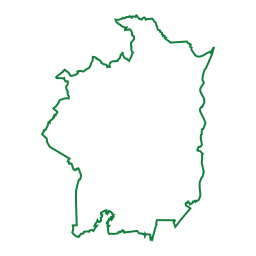 Tlalpujahua, Michoacán, Mexico (Natural Earth projection)
{"feature_id": "50627088B72545798273155", "entity_name": "Tlalpujahua", "entity_type": "district", "adm_level": 2, "iso_a3": "MEX", "parent_name": "Mexico", "parent_adm1": "Michoacán", "projection": "natural_earth1", "projection_center": [-100.216, 19.784], "detail": "fine", "context": "isolated", "style": "outline", "palette": "green", "viewbox_px": 256, "rotation_deg": 0, "n_neighbors": 0, "source": "geoboundaries", "source_scale": "gbopen_adm2", "svg_char_len": 5734}
<svg xmlns="http://www.w3.org/2000/svg" viewBox="0 0 256 256"><path d="M213.8,47.9L213.2,48.0L211.8,50.9L211.4,51.1L211.8,53.0L210.9,53.0L210.0,51.7L206.7,53.3L203.2,55.5L199.9,56.6L197.4,56.5L195.7,55.7L192.3,51.1L191.5,49.7L191.4,48.0L191.6,47.6L190.3,47.0L190.3,45.6L190.0,45.2L190.7,44.7L189.6,43.6L188.1,43.3L186.7,41.5L170.7,42.6L165.2,38.5L164.9,37.7L165.1,37.6L164.6,37.5L164.7,36.2L163.5,35.3L163.0,35.7L162.9,34.9L162.0,34.4L161.8,34.1L162.0,33.1L161.7,32.5L160.0,31.7L160.1,30.7L159.8,30.3L158.3,30.0L157.9,29.6L157.3,28.4L157.3,26.8L156.4,25.7L156.3,24.3L155.6,22.6L154.0,21.2L153.1,19.5L151.9,18.6L150.5,19.0L147.1,19.1L145.7,19.7L145.1,18.0L144.3,17.5L143.0,17.9L141.8,19.5L141.3,19.6L140.6,19.1L139.2,18.9L138.5,17.7L137.5,17.3L136.9,15.6L136.7,15.4L136.1,15.5L135.3,16.8L134.2,16.5L132.1,16.5L131.8,17.7L131.1,17.5L130.4,16.8L129.5,16.2L129.1,16.9L128.5,17.0L127.2,17.1L126.4,16.9L125.9,17.6L124.1,18.4L123.3,17.8L122.8,17.8L121.9,18.8L119.0,19.6L116.4,20.0L115.7,19.7L116.1,21.5L116.5,22.1L118.7,24.0L119.7,24.4L121.2,25.5L121.5,26.1L122.1,26.2L123.1,26.9L123.6,26.9L124.6,27.7L126.6,27.4L125.5,29.1L125.0,29.3L124.8,29.8L125.0,30.1L125.8,29.6L127.6,29.8L128.9,29.2L130.2,29.5L130.5,30.1L131.2,30.7L131.7,32.0L132.1,32.5L132.2,33.2L131.8,34.5L132.4,35.5L133.3,35.7L134.0,36.6L134.1,39.3L132.7,40.7L132.3,41.5L131.4,42.1L131.0,43.1L131.0,45.2L131.3,46.7L131.6,47.1L131.2,47.8L131.5,50.6L132.1,51.9L133.0,52.4L132.5,53.2L131.0,57.4L129.2,60.1L129.1,60.8L127.4,59.7L126.7,58.7L125.3,58.5L124.5,57.9L122.5,54.1L122.7,51.9L121.7,54.5L120.7,54.7L120.7,55.3L119.7,58.4L118.0,59.8L117.5,61.1L116.4,60.9L115.4,61.3L114.9,61.2L113.8,61.4L113.0,61.2L111.6,61.8L110.3,62.8L109.9,63.6L109.4,65.3L109.9,66.9L109.5,67.0L108.8,66.6L107.4,67.2L107.0,66.9L107.3,66.0L107.0,65.5L105.6,64.6L103.2,64.1L101.6,62.8L101.3,62.8L101.2,62.1L100.4,60.8L98.1,59.3L96.3,58.7L96.3,57.8L95.0,57.2L92.8,56.9L92.6,60.8L91.3,62.9L90.4,65.8L89.2,67.9L85.7,69.6L84.0,71.2L83.0,71.6L81.0,70.9L77.7,71.2L77.5,71.5L78.1,71.9L78.2,72.3L77.5,73.6L74.9,75.1L71.2,76.0L70.4,75.6L68.9,73.1L67.7,72.0L64.6,69.8L64.0,70.6L63.2,70.9L63.0,71.7L56.3,76.9L56.1,77.4L56.8,78.1L61.4,78.1L63.2,78.5L64.1,78.0L64.7,80.1L65.5,81.4L66.0,81.5L67.2,81.2L67.6,81.2L67.8,81.5L67.9,83.5L67.2,85.4L66.5,85.9L66.1,86.8L66.2,87.8L66.6,89.5L67.9,91.9L67.5,93.1L67.6,93.8L68.8,96.4L68.7,98.4L67.5,98.2L64.7,98.5L62.8,98.9L60.3,99.9L59.1,101.0L58.5,103.1L55.8,106.5L53.4,108.3L54.8,109.9L56.8,111.2L57.2,111.8L57.4,112.4L57.0,113.2L55.1,114.9L54.5,115.1L54.7,115.4L55.6,115.3L55.6,115.5L53.9,116.0L54.0,117.2L53.6,117.0L53.3,117.2L52.3,119.4L50.6,120.3L49.9,121.0L49.7,122.3L49.3,121.7L48.4,122.3L47.6,126.1L47.3,126.6L46.8,127.0L46.0,129.4L44.3,129.9L43.8,130.5L44.2,131.0L42.9,132.6L42.2,134.4L46.6,138.4L47.2,142.3L49.3,146.1L49.9,146.9L69.5,158.6L68.4,160.0L67.7,161.4L68.6,161.7L69.1,162.3L68.9,163.6L69.4,163.8L70.7,163.4L72.0,164.4L72.1,165.4L73.4,169.1L74.3,169.4L74.5,170.0L75.4,169.9L76.0,169.4L76.1,169.8L78.1,168.2L79.0,169.2L79.9,172.4L80.6,173.6L81.0,176.2L80.2,179.3L79.7,179.7L78.9,179.7L77.1,186.0L77.0,187.4L76.3,189.1L75.9,196.5L76.7,225.3L72.8,225.4L72.9,226.4L73.3,227.7L72.9,230.5L72.3,232.5L73.5,234.1L76.0,236.2L77.5,236.7L78.6,236.4L78.9,236.8L79.3,236.4L79.1,236.1L79.5,235.5L80.7,234.2L81.2,234.2L81.4,233.7L83.3,233.5L84.0,231.8L87.0,231.4L89.2,231.7L89.3,230.6L92.1,230.0L93.4,231.0L95.4,227.6L97.0,225.7L94.5,225.8L95.6,223.5L96.8,222.0L97.5,220.2L98.1,221.3L99.2,222.1L99.6,222.1L99.9,221.2L101.0,220.7L101.0,219.8L100.4,219.8L101.1,219.5L100.7,217.9L101.6,217.2L102.0,216.7L102.1,215.9L101.9,216.1L102.0,215.1L101.2,214.8L101.0,212.7L104.2,210.9L106.3,210.3L105.8,212.8L107.0,213.9L107.2,214.1L108.2,211.7L108.7,212.1L109.0,211.5L108.9,211.0L109.1,210.9L111.0,212.0L112.2,213.2L112.2,213.9L113.4,214.6L113.1,214.7L113.1,215.6L112.2,216.5L112.6,216.7L110.1,217.3L113.0,217.6L111.7,219.6L111.4,218.8L111.0,218.6L110.8,219.1L110.2,218.6L109.7,219.3L109.5,218.6L109.3,218.6L109.0,218.9L109.3,219.9L108.2,220.5L107.7,221.6L108.2,221.9L107.7,222.5L107.1,222.4L106.8,223.2L107.9,223.2L107.5,225.7L109.2,225.8L107.9,227.5L108.3,232.3L109.3,234.1L112.0,233.6L112.8,234.0L118.6,233.3L118.3,233.3L118.3,232.9L118.9,232.3L118.6,232.0L118.7,231.9L119.4,232.4L119.9,232.3L119.9,231.9L121.3,231.7L122.2,231.1L121.9,230.6L122.4,230.2L122.9,230.4L122.8,230.8L123.4,230.8L124.3,231.7L124.0,232.5L124.3,232.5L137.1,230.9L139.2,233.4L142.2,233.6L142.6,234.1L142.9,233.9L144.2,234.2L144.6,234.7L144.9,236.0L145.1,235.5L145.2,234.0L145.4,234.3L149.3,234.4L150.2,234.8L150.3,238.0L150.8,239.6L150.3,240.6L150.9,240.1L151.6,238.7L151.7,239.1L152.1,238.9L152.4,239.3L152.7,237.3L156.2,224.8L156.5,224.6L156.2,223.0L157.0,220.1L174.1,220.3L174.5,220.1L174.8,220.9L173.7,222.0L173.7,222.4L175.3,226.9L181.1,219.4L190.4,208.4L186.9,205.9L186.2,205.7L185.6,203.5L185.8,203.1L187.3,202.8L187.6,201.7L188.3,201.5L189.7,203.8L190.1,203.7L190.2,204.2L190.7,203.8L191.3,203.8L192.4,203.0L192.6,202.4L193.2,202.0L193.1,201.5L194.5,201.3L195.2,200.6L195.7,200.8L195.8,201.7L196.7,200.8L198.5,200.3L199.7,197.7L200.4,194.9L199.6,187.0L199.7,182.6L201.0,178.7L202.9,175.9L203.3,173.1L203.8,172.6L203.7,171.4L201.7,162.6L202.2,158.4L202.1,153.4L202.3,153.4L200.5,151.4L199.1,150.8L197.5,150.6L197.3,150.2L198.6,146.9L199.3,147.0L201.0,146.3L201.9,144.5L201.4,141.7L200.8,139.4L200.7,138.6L201.2,137.8L200.8,137.0L200.9,134.8L201.7,134.3L201.8,130.3L202.2,129.1L203.2,129.1L205.4,123.4L205.3,122.2L204.0,119.2L200.4,111.9L199.9,109.7L200.4,108.1L201.5,106.8L202.2,107.0L204.3,102.4L204.3,100.0L203.9,98.5L203.3,97.1L201.0,93.1L200.1,90.3L200.6,87.9L203.4,83.6L203.9,82.4L202.5,80.1L202.7,76.1L204.6,69.6L205.9,68.4L211.8,54.8L213.8,47.9Z" fill="none" stroke="#15803d" stroke-width="2"/></svg>